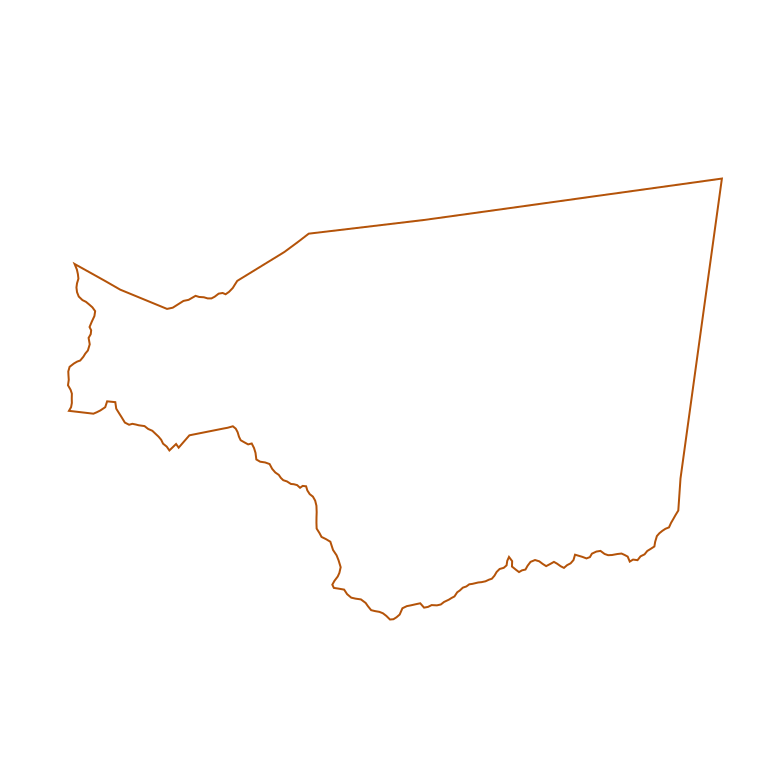 Serra Dourada, Bahia, Brazil, rotated 5°
{"feature_id": "56859067B90696169836223", "entity_name": "Serra Dourada", "entity_type": "district", "adm_level": 2, "iso_a3": "BRA", "parent_name": "Brazil", "parent_adm1": "Bahia", "projection": "equal_earth", "projection_center": [-43.899, -12.812], "detail": "fine", "context": "isolated", "style": "outline", "palette": "amber", "viewbox_px": 768, "rotation_deg": 5, "n_neighbors": 0, "source": "geoboundaries", "source_scale": "gbopen_adm2", "svg_char_len": 3076}
<svg xmlns="http://www.w3.org/2000/svg" viewBox="0 0 768 768"><g transform="rotate(5 384 384)"><path d="M72.5,438.2L97.1,438.9L100.3,437.2L103.7,435.1L108.3,431.4L109.7,425.4L117.9,425.5L119.4,431.9L122.4,435.9L125.3,439.7L129.2,445.0L133.6,446.8L136.8,445.6L140.3,446.0L143.3,446.5L149.1,446.8L152.9,449.3L157.3,450.8L160.7,453.5L164.0,456.1L166.9,459.0L169.1,462.7L173.0,465.3L176.0,468.9L182.1,461.9L185.0,465.3L194.6,452.1L197.6,451.2L227.8,442.4L232.1,441.2L237.1,439.3L240.2,441.4L242.4,444.8L244.1,449.1L246.1,452.5L249.8,454.2L253.9,456.0L257.4,454.8L260.1,459.1L262.0,463.8L263.4,470.3L267.4,472.2L272.4,472.5L277.0,473.7L280.0,478.3L283.4,481.6L287.1,483.7L289.4,486.5L292.0,488.6L295.8,489.5L300.0,491.7L302.9,491.7L306.3,492.3L309.4,494.7L311.9,492.6L315.3,492.7L316.9,496.7L319.6,500.2L323.0,502.4L325.6,506.2L327.3,511.2L328.1,517.5L328.4,523.2L328.8,528.2L329.5,533.9L332.7,538.1L335.1,541.8L339.5,543.5L344.3,545.8L347.7,553.8L351.7,558.8L354.1,563.6L356.8,570.3L356.0,576.1L354.7,579.8L351.8,584.4L350.0,588.4L351.8,591.5L356.5,591.8L362.2,592.3L365.6,596.6L370.0,599.7L374.4,600.3L379.8,600.6L384.8,603.7L387.4,606.8L390.9,610.4L394.7,611.0L399.3,611.4L402.9,612.5L406.5,614.8L410.5,618.1L413.9,617.5L416.8,615.3L419.7,612.3L421.9,605.8L426.1,603.3L429.9,602.2L435.9,600.3L439.2,599.3L443.4,603.3L447.3,602.2L450.7,600.1L456.0,599.9L459.8,598.7L462.8,595.9L467.4,593.2L469.9,591.3L472.7,589.5L475.1,585.1L477.5,583.1L480.3,580.0L483.7,578.5L486.4,576.1L489.5,575.4L495.2,573.5L498.4,572.9L502.3,571.7L505.6,569.8L508.4,568.6L510.7,565.4L512.6,561.4L515.3,558.2L519.3,556.7L521.9,554.0L522.2,549.4L523.6,545.4L527.1,549.3L527.4,554.7L531.7,557.6L534.9,559.6L537.7,557.6L541.1,556.5L542.9,552.5L545.5,548.4L549.8,546.2L554.1,547.1L557.6,549.3L561.4,551.3L565.3,548.8L568.8,546.4L572.1,547.9L576.0,550.2L579.3,551.5L582.2,548.5L585.5,546.4L588.1,542.9L589.2,537.4L596.6,538.9L600.9,540.1L604.2,538.5L605.9,534.9L610.2,532.4L614.2,531.4L618.6,534.1L622.2,535.0L626.0,534.5L631.4,533.0L635.4,532.2L638.5,533.3L641.8,534.7L644.3,539.5L647.4,537.2L651.9,537.4L654.6,533.3L658.4,531.0L660.8,527.4L663.9,525.1L667.5,522.3L667.9,517.5L669.1,511.7L671.3,508.7L674.1,506.0L677.0,503.7L680.4,502.0L682.1,497.2L683.9,493.4L685.9,489.0L688.2,484.4L687.6,452.3L694.6,311.8L702.7,149.9L574.9,179.2L523.1,191.1L409.6,217.1L295.9,240.8L286.0,249.9L273.2,261.2L232.4,291.4L228.8,294.1L226.6,298.3L225.0,301.5L221.6,305.7L218.4,308.4L215.3,307.4L211.4,308.4L207.7,311.8L204.6,313.8L200.9,314.1L197.0,313.3L192.3,313.4L188.6,312.6L185.3,314.9L182.0,317.2L177.0,318.7L166.9,326.4L161.3,328.1L113.0,313.0L97.7,305.9L65.3,291.4L68.1,296.8L69.5,301.3L70.4,305.7L69.4,310.5L69.2,314.7L70.2,319.3L72.3,323.5L76.3,326.7L79.9,328.1L83.1,330.3L86.8,333.0L89.9,336.6L89.6,341.5L87.4,347.6L85.7,352.9L87.6,356.0L87.5,359.9L85.7,363.8L87.4,370.1L86.1,376.4L83.8,379.7L82.1,383.1L79.3,387.1L76.4,388.4L73.3,390.6L69.3,394.3L68.4,399.0L68.9,402.8L69.6,407.3L69.3,412.8L72.3,417.1L73.9,420.8L74.2,425.6L74.7,430.1L74.3,434.3L72.5,438.2Z" fill="none" stroke="#b45309" stroke-width="2"/></g></svg>